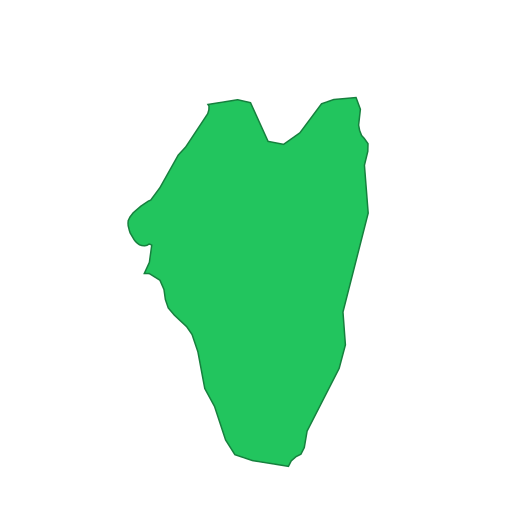 the Province of Imperia, rotated 297°
{"feature_id": "ITA-5369", "entity_name": "Imperia", "entity_type": "Province", "adm_level": 1, "iso_a3": "ITA", "parent_name": "Italy", "parent_adm1": "", "projection": "natural_earth1", "projection_center": [7.791, 43.964], "detail": "fine", "context": "isolated", "style": "filled", "palette": "green", "viewbox_px": 512, "rotation_deg": 297, "n_neighbors": 0, "source": "natural_earth", "source_scale": "10m", "svg_char_len": 1003}
<svg xmlns="http://www.w3.org/2000/svg" viewBox="0 0 512 512"><g transform="rotate(297 256 256)"><path d="M83.3,380.4L72.1,345.7L69.4,327.4L78.3,312.4L103.1,287.4L114.7,270.5L144.3,247.7L157.0,234.7L161.5,226.4L166.2,210.2L169.9,201.4L176.1,195.0L184.4,189.2L190.8,181.4L191.9,168.9L189.7,164.4L201.9,163.9L218.3,158.2L218.4,156.8L218.1,155.3L216.0,154.0L214.5,152.1L213.5,149.6L213.1,147.1L213.5,144.5L214.2,142.1L215.2,140.0L219.4,133.4L221.1,131.7L224.9,128.4L227.1,127.1L229.5,126.1L233.6,126.0L238.9,127.0L248.2,130.8L256.1,135.2L257.9,136.8L273.4,139.4L310.6,140.9L321.4,143.9L360.9,148.4L365.0,147.6L368.2,146.1L369.2,144.4L386.9,168.7L390.1,181.5L363.6,214.7L368.0,229.9L385.7,239.2L421.4,245.3L430.7,254.2L442.6,273.2L434.1,282.4L419.2,288.0L414.8,291.4L411.3,295.4L409.9,299.1L406.9,304.8L400.0,308.1L386.1,311.4L345.1,336.5L245.6,358.9L217.4,376.0L193.6,381.1L123.2,381.0L107.2,386.0L99.8,386.0L95.3,382.7L89.4,380.4L83.3,380.4Z" fill="#22c55e" stroke="#15803d" stroke-width="1.5"/></g></svg>